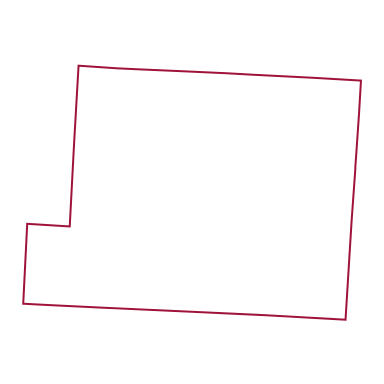 Calumet, Wisconsin, United States of America, rotated 93°
{"feature_id": "52423323B78835319371150", "entity_name": "Calumet", "entity_type": "district", "adm_level": 2, "iso_a3": "USA", "parent_name": "United States of America", "parent_adm1": "Wisconsin", "projection": "mercator", "projection_center": [-88.247, 44.068], "detail": "fine", "context": "isolated", "style": "outline", "palette": "rose", "viewbox_px": 384, "rotation_deg": 93, "n_neighbors": 0, "source": "geoboundaries", "source_scale": "gbopen_adm2", "svg_char_len": 423}
<svg xmlns="http://www.w3.org/2000/svg" viewBox="0 0 384 384"><g transform="rotate(93 192 192)"><path d="M71.9,29.1L71.6,75.8L71.7,136.9L71.6,164.0L71.9,207.5L72.3,253.7L72.4,273.3L71.8,311.9L150.3,312.3L232.8,312.3L232.4,354.9L312.4,354.7L312.4,341.1L312.4,327.6L312.2,274.1L311.2,113.0L311.5,32.0L212.3,31.1L160.8,30.1L158.0,30.2L148.4,30.0L105.1,29.3L71.9,29.1Z" fill="none" stroke="#9f1239" stroke-width="2"/></g></svg>